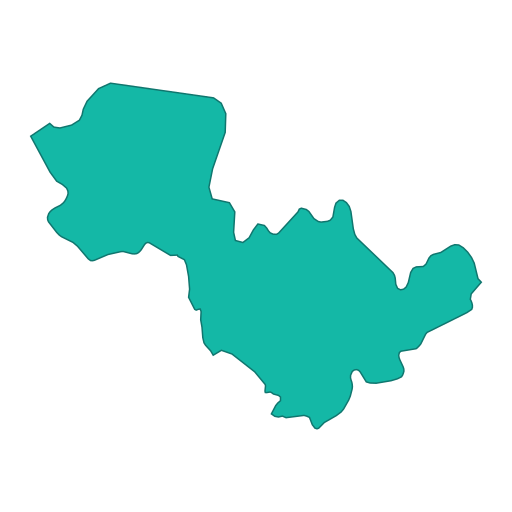 map outline of Terni (Albers equal-area conic projection)
{"feature_id": "ITA-5433", "entity_name": "Terni", "entity_type": "Province", "adm_level": 1, "iso_a3": "ITA", "parent_name": "Italy", "parent_adm1": "", "projection": "albers", "projection_center": [12.428, 42.653], "detail": "fine", "context": "isolated", "style": "filled", "palette": "teal", "viewbox_px": 512, "rotation_deg": 0, "n_neighbors": 0, "source": "natural_earth", "source_scale": "10m", "svg_char_len": 2742}
<svg xmlns="http://www.w3.org/2000/svg" viewBox="0 0 512 512"><path d="M110.5,83.2L213.6,97.9L221.2,103.2L225.8,113.7L225.2,132.4L212.6,168.8L208.9,187.2L212.2,198.9L229.4,202.7L234.8,211.9L233.6,232.3L235.4,240.5L242.9,242.5L249.1,237.8L253.4,229.9L257.9,224.0L264.4,225.5L266.8,228.2L268.3,230.7L270.1,232.8L273.2,234.2L276.6,234.3L278.6,233.1L298.0,211.9L299.3,209.1L301.3,208.2L306.3,209.5L308.9,211.5L313.9,218.6L318.2,221.5L321.1,222.1L327.6,221.3L330.3,220.2L332.9,217.0L334.6,207.3L336.0,203.1L339.3,200.3L343.0,200.3L346.4,202.6L349.2,206.4L350.9,211.5L353.3,228.8L354.8,234.4L356.8,238.0L393.0,272.7L394.5,275.4L395.2,278.1L395.8,284.3L397.6,288.4L400.5,289.8L403.6,289.2L406.2,287.0L408.3,282.6L410.7,272.4L413.1,268.4L416.3,266.9L423.3,266.5L426.1,264.0L429.0,258.0L430.9,255.7L433.4,254.4L440.8,252.5L450.8,246.1L454.8,244.7L458.8,245.0L463.3,247.8L467.7,252.2L471.5,257.5L474.2,263.1L478.0,278.7L481.3,282.2L471.2,293.9L470.3,299.3L471.2,301.1L471.9,303.0L472.4,305.2L472.4,307.4L471.7,309.4L466.9,312.6L427.1,332.4L425.6,334.2L420.8,343.9L419.6,345.4L417.4,347.7L416.4,348.5L416.1,348.7L401.0,351.2L399.4,352.5L398.7,355.2L399.0,357.4L399.7,359.5L403.2,367.0L403.8,369.0L403.9,371.2L403.3,373.3L402.6,375.1L401.5,376.8L397.4,378.8L391.1,380.7L376.2,383.2L370.1,383.0L366.3,381.9L360.1,371.8L358.7,370.4L356.8,369.6L354.4,369.9L352.3,371.4L350.6,375.2L350.5,377.9L351.1,380.2L351.8,382.2L352.2,384.3L352.4,386.7L352.1,389.1L350.3,396.1L348.7,400.0L343.6,409.0L341.1,412.0L336.3,415.6L324.3,422.5L318.7,428.2L317.0,428.8L314.9,428.1L312.3,424.7L309.5,417.4L306.6,416.1L304.0,415.4L286.6,417.6L286.1,417.7L282.4,416.1L278.5,417.0L274.8,416.3L271.4,413.9L275.7,405.6L277.8,403.0L280.5,400.7L280.5,397.0L278.5,395.4L273.4,394.0L271.4,392.5L270.2,392.0L266.6,392.6L265.3,392.5L265.0,391.1L265.5,386.0L265.3,384.6L254.7,371.8L232.0,354.0L221.4,350.3L213.2,355.2L210.7,350.9L205.6,345.3L204.0,342.8L202.8,337.6L202.0,327.2L200.7,319.8L201.1,311.6L200.2,309.0L198.3,309.3L196.2,310.1L194.7,309.3L188.6,297.3L189.6,289.2L188.6,276.5L186.5,264.8L184.4,259.7L178.0,256.4L177.3,255.1L170.5,255.4L149.2,242.7L147.3,242.5L145.8,243.2L144.5,244.6L141.2,249.8L139.9,251.3L138.5,252.6L136.7,253.6L134.6,253.9L132.2,253.8L123.3,251.5L121.0,251.6L108.0,254.5L94.4,260.3L92.6,260.7L90.6,260.6L88.2,258.8L77.5,246.2L73.0,242.4L61.5,236.7L59.2,235.0L56.7,232.4L48.5,221.8L47.7,219.8L47.5,217.3L48.7,213.7L50.1,211.7L51.9,210.0L55.1,207.9L60.4,205.3L63.4,202.8L64.7,201.2L65.8,199.4L66.7,197.6L67.5,195.7L68.1,193.6L67.9,191.0L66.6,188.1L62.3,184.4L56.7,181.2L50.1,172.2L30.7,136.2L49.7,123.4L53.9,127.1L59.9,128.0L71.6,125.1L79.4,120.2L82.0,115.2L83.3,109.2L87.1,101.2L98.6,88.6L110.5,83.2Z" fill="#14b8a6" stroke="#0f766e" stroke-width="1.5"/></svg>